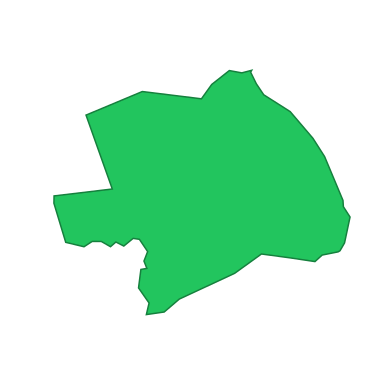 the district of Tyrrell, North Carolina, United States of America, rotated 67°
{"feature_id": "52423323B39402203079771", "entity_name": "Tyrrell", "entity_type": "district", "adm_level": 2, "iso_a3": "USA", "parent_name": "United States of America", "parent_adm1": "North Carolina", "projection": "robinson", "projection_center": [-76.186, 35.796], "detail": "fine", "context": "isolated", "style": "filled", "palette": "green", "viewbox_px": 384, "rotation_deg": 67, "n_neighbors": 0, "source": "geoboundaries", "source_scale": "gbopen_adm2", "svg_char_len": 703}
<svg xmlns="http://www.w3.org/2000/svg" viewBox="0 0 384 384"><g transform="rotate(67 192 192)"><path d="M79.8,259.5L158.1,264.2L141.7,320.5L148.4,323.5L189.0,327.9L200.2,312.8L198.5,303.2L202.1,294.8L210.5,288.4L208.3,281.6L215.1,275.9L211.7,264.3L215.0,258.9L229.5,256.1L236.8,263.2L244.7,263.4L243.3,269.3L259.4,278.7L277.4,274.9L287.0,281.9L291.6,264.5L285.6,245.5L283.5,184.4L276.2,152.3L291.1,127.2L304.1,106.0L300.9,96.8L304.2,80.9L303.9,78.7L298.5,71.5L276.8,56.3L264.7,58.4L258.7,56.3L211.2,56.1L189.8,59.7L156.4,70.2L130.5,88.0L117.5,90.5L104.6,91.2L103.3,89.5L101.8,99.6L94.8,110.2L100.7,131.8L109.9,146.9L80.1,198.5L79.8,259.5Z" fill="#22c55e" stroke="#15803d" stroke-width="1.5"/></g></svg>